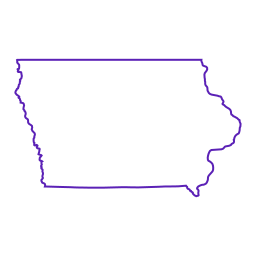 map outline of Iowa (Natural Earth projection)
{"feature_id": "USA-3529", "entity_name": "Iowa", "entity_type": "State", "adm_level": 1, "iso_a3": "USA", "parent_name": "United States of America", "parent_adm1": "", "projection": "natural_earth1", "projection_center": [-94.248, 41.94], "detail": "fine", "context": "isolated", "style": "outline", "palette": "violet", "viewbox_px": 256, "rotation_deg": 0, "n_neighbors": 0, "source": "natural_earth", "source_scale": "10m", "svg_char_len": 5259}
<svg xmlns="http://www.w3.org/2000/svg" viewBox="0 0 256 256"><path d="M18.4,69.0L18.7,69.0L18.8,68.9L19.0,68.7L19.2,67.5L19.2,65.3L19.1,64.8L19.0,64.6L18.4,64.0L18.2,63.6L17.5,63.0L17.4,62.7L17.2,62.3L17.2,62.0L17.2,61.6L17.3,61.1L17.3,60.8L17.2,60.5L17.1,60.3L17.0,60.0L17.1,59.9L22.0,59.8L33.2,59.8L44.4,59.8L55.6,59.8L66.9,59.8L78.1,59.8L89.3,59.8L111.7,59.8L122.9,59.8L134.1,59.8L145.3,59.8L156.5,59.8L167.7,59.8L179.0,59.8L190.2,59.8L201.4,59.8L201.3,60.4L201.4,60.9L201.5,61.4L201.7,61.9L202.1,62.8L202.3,63.2L202.4,63.7L202.6,64.9L202.9,65.4L203.3,65.7L206.3,66.8L207.1,67.8L207.2,69.4L206.6,70.7L204.8,73.1L204.4,74.6L204.6,77.7L204.9,79.1L204.9,80.7L205.0,81.3L205.2,81.8L205.2,83.8L205.4,84.7L205.8,85.5L206.8,86.6L207.2,87.2L207.4,88.0L207.5,89.9L207.6,90.7L208.8,92.9L209.3,93.4L210.1,94.0L211.6,94.6L217.5,95.7L219.1,96.3L219.9,96.4L220.7,96.6L221.3,97.3L222.0,99.1L222.3,99.6L223.2,100.8L223.5,101.5L223.4,102.0L223.0,102.9L222.5,103.9L223.0,104.5L224.0,105.0L224.6,105.5L225.1,106.1L226.2,107.0L229.2,108.8L230.3,109.9L230.9,111.3L230.9,111.1L231.1,113.5L231.4,114.5L232.5,115.2L233.3,116.2L233.8,116.4L234.2,116.5L237.2,118.2L237.6,118.6L238.5,119.5L238.8,119.8L239.3,119.9L239.6,120.2L239.6,120.7L239.6,121.4L239.8,122.0L240.6,123.9L240.5,124.5L240.4,126.3L239.8,127.8L239.6,130.5L239.1,132.5L238.7,133.4L238.1,133.8L237.5,134.0L236.1,135.1L235.6,135.6L235.1,136.3L234.7,137.1L234.3,138.1L234.2,139.1L233.7,139.9L233.8,140.1L233.9,140.3L234.0,140.6L234.0,141.6L233.9,142.1L233.8,142.5L233.2,143.1L231.7,143.9L231.4,144.2L231.1,144.8L230.5,145.2L229.0,145.8L225.6,146.4L224.9,146.7L223.6,148.2L222.9,148.8L221.4,149.3L211.4,150.0L210.0,150.9L209.2,152.3L208.5,154.0L208.0,155.9L207.7,157.8L207.8,158.7L207.9,159.8L208.4,160.7L209.1,161.1L209.6,161.3L211.3,162.6L212.4,163.9L213.0,165.7L213.2,167.7L213.1,169.8L212.5,171.4L209.1,175.2L208.5,176.1L208.2,176.7L208.0,177.4L207.9,179.4L207.7,180.3L207.0,182.1L206.2,183.4L204.9,184.2L203.6,184.7L202.2,184.8L201.1,185.1L199.5,185.8L198.1,186.6L197.5,187.4L197.5,187.7L197.1,188.1L197.1,188.6L197.2,188.9L198.2,189.8L198.5,190.5L198.5,191.3L198.3,192.6L198.3,193.4L198.5,194.5L198.6,195.2L198.3,195.6L196.2,196.2L195.8,195.9L194.8,195.5L194.4,195.2L193.1,193.9L192.8,193.5L192.9,193.2L192.9,192.9L192.8,192.6L192.5,192.3L192.2,192.1L191.5,191.8L191.2,191.6L191.1,191.4L191.1,191.1L191.0,190.9L190.7,190.8L190.4,190.8L190.2,190.8L190.0,190.7L189.9,190.4L189.7,189.8L189.6,189.6L188.8,189.1L188.1,188.9L187.7,188.7L187.5,188.4L187.3,188.1L187.2,187.6L187.2,187.1L187.1,186.8L186.4,186.4L186.3,186.2L186.0,185.7L182.3,186.0L178.5,186.3L175.0,186.4L164.5,186.5L157.9,186.8L151.4,187.0L138.3,187.4L130.2,187.3L126.1,187.2L122.0,187.2L118.1,187.3L114.1,187.4L110.1,187.5L106.2,187.6L102.1,187.7L94.0,187.7L90.0,187.7L86.1,187.6L78.4,187.5L74.5,187.4L70.6,187.2L66.6,187.1L58.8,186.9L55.4,186.8L52.0,186.7L48.5,186.6L45.1,186.5L44.9,186.5L45.1,185.8L45.1,184.8L44.8,183.9L44.1,183.4L42.3,182.7L41.9,182.0L41.8,181.5L41.6,181.3L41.4,180.9L41.4,180.3L41.5,179.8L41.7,179.6L42.2,179.1L42.9,178.0L42.8,177.7L42.5,177.1L42.4,176.6L42.5,175.5L42.8,174.7L43.0,173.9L42.9,172.8L42.5,171.7L42.4,171.1L42.6,170.2L42.6,169.8L42.3,169.3L41.7,168.8L41.4,168.5L41.3,168.0L41.3,167.6L41.5,167.4L41.7,167.1L41.5,166.8L41.3,166.6L41.3,166.4L41.2,166.3L41.1,166.2L41.1,165.9L41.3,165.6L41.8,164.4L41.5,163.8L41.5,162.4L41.3,161.7L42.1,161.3L41.7,161.0L40.1,160.5L39.6,159.9L39.6,159.2L39.9,157.4L40.3,157.1L41.0,156.4L41.6,155.5L41.2,155.1L40.6,155.0L39.1,154.5L38.5,154.2L39.3,151.4L39.3,150.9L39.7,149.1L39.5,148.7L39.2,148.6L37.5,148.3L37.1,148.0L36.8,147.5L36.9,147.0L37.1,146.5L37.3,146.0L37.5,145.8L37.5,145.6L37.2,145.3L36.8,145.0L36.4,144.9L36.1,145.0L35.4,145.4L35.0,145.5L34.2,145.0L34.2,144.0L34.4,143.2L34.4,142.8L33.9,142.5L33.7,141.7L33.6,140.7L33.6,138.8L33.7,138.5L33.9,138.2L34.3,137.7L34.3,137.2L34.3,136.7L34.5,135.8L34.8,135.0L34.9,134.2L34.6,133.2L32.6,131.1L32.4,130.9L31.9,129.7L31.7,129.3L31.8,128.8L32.1,128.0L32.2,127.5L31.9,125.8L30.6,124.8L29.2,124.0L28.2,122.7L28.1,121.8L28.1,120.9L28.0,120.0L27.7,119.3L27.0,118.8L25.9,118.0L25.4,117.3L25.1,116.3L25.2,115.5L25.5,114.7L25.7,113.9L25.6,112.9L25.4,112.1L25.1,111.6L24.6,111.2L24.5,110.5L23.4,109.1L23.6,107.3L24.1,105.4L23.6,103.6L23.0,103.1L22.2,102.9L20.6,102.6L20.7,101.1L20.4,100.6L20.2,100.4L20.1,100.2L20.1,99.9L20.1,99.6L20.0,99.3L19.9,99.1L19.7,98.6L19.5,98.3L19.3,98.2L18.7,97.9L18.6,97.7L18.8,97.5L18.8,97.4L19.2,97.1L19.3,96.9L19.3,96.7L19.2,96.6L18.9,96.3L18.6,96.0L16.7,94.7L16.5,94.4L16.2,94.1L15.6,93.3L15.4,92.8L15.4,92.5L15.5,91.9L15.6,91.5L15.9,90.8L16.4,90.1L16.6,89.9L16.6,89.7L16.8,89.2L17.0,88.9L17.3,88.7L17.8,88.5L18.0,88.4L18.1,88.2L18.2,87.4L18.2,87.1L18.3,87.0L18.4,86.8L18.6,86.7L18.7,86.2L18.8,85.0L18.9,84.7L19.6,83.9L19.7,83.6L19.8,83.1L19.8,82.3L19.8,82.1L19.8,81.9L20.0,81.7L20.2,81.1L20.3,80.8L20.2,80.6L20.1,80.3L19.9,80.1L19.9,79.8L20.0,79.6L21.1,78.6L21.3,78.4L21.4,78.1L21.8,76.3L21.8,76.0L21.8,75.7L21.7,75.3L21.6,74.9L21.3,73.0L21.2,72.5L21.1,72.3L21.0,72.2L20.8,72.1L20.5,72.1L20.2,72.1L19.2,72.0L18.6,72.0L18.3,72.0L18.1,71.9L17.9,71.6L17.8,71.4L17.9,71.2L18.0,71.0L18.3,70.7L18.3,70.4L18.2,70.2L17.9,70.0L17.6,69.5L17.6,69.2L17.9,69.0L18.4,69.0Z" fill="none" stroke="#5b21b6" stroke-width="2"/></svg>